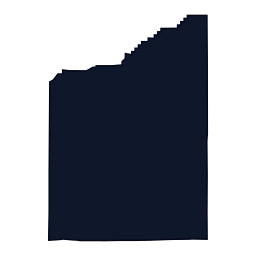 Jackson, Oregon, United States of America
{"feature_id": "52423323B54328460480389", "entity_name": "Jackson", "entity_type": "district", "adm_level": 2, "iso_a3": "USA", "parent_name": "United States of America", "parent_adm1": "Oregon", "projection": "orthographic", "projection_center": [-122.779, 42.5], "detail": "fine", "context": "isolated", "style": "filled", "palette": "ink", "viewbox_px": 256, "rotation_deg": 0, "n_neighbors": 0, "source": "geoboundaries", "source_scale": "gbopen_adm2", "svg_char_len": 927}
<svg xmlns="http://www.w3.org/2000/svg" viewBox="0 0 256 256"><path d="M48.7,240.2L55.2,239.8L61.5,239.3L63.0,239.0L73.4,239.9L76.5,240.0L80.0,240.5L97.4,240.5L105.4,240.6L108.4,240.5L121.2,240.3L135.9,240.3L149.0,240.1L171.5,239.3L188.9,239.1L192.2,238.9L207.1,239.2L206.9,212.2L207.1,175.6L206.9,151.5L206.8,141.3L207.3,133.6L207.2,61.2L206.9,15.4L187.4,15.4L187.4,18.4L184.1,18.4L184.1,21.7L180.8,21.7L180.9,25.0L177.6,25.0L177.6,28.3L161.0,28.5L161.0,31.8L157.7,31.8L157.7,35.0L154.4,34.9L154.4,38.4L148.2,38.1L148.2,41.7L141.7,41.7L141.7,45.0L138.4,45.0L138.4,48.3L135.1,48.3L135.1,51.6L131.8,51.6L131.8,54.8L125.4,53.6L125.4,58.5L122.1,61.7L122.1,65.0L112.5,65.8L102.7,65.8L96.1,65.8L96.1,67.4L92.9,67.3L89.6,69.2L86.4,70.9L69.3,70.8L62.7,70.0L62.7,74.1L58.0,74.0L53.0,80.3L49.8,81.9L49.6,116.1L49.5,128.8L49.2,173.9L49.2,175.2L49.2,184.1L49.2,212.0L48.7,240.2Z" fill="#0f172a" stroke="#020617" stroke-width="1.5"/></svg>